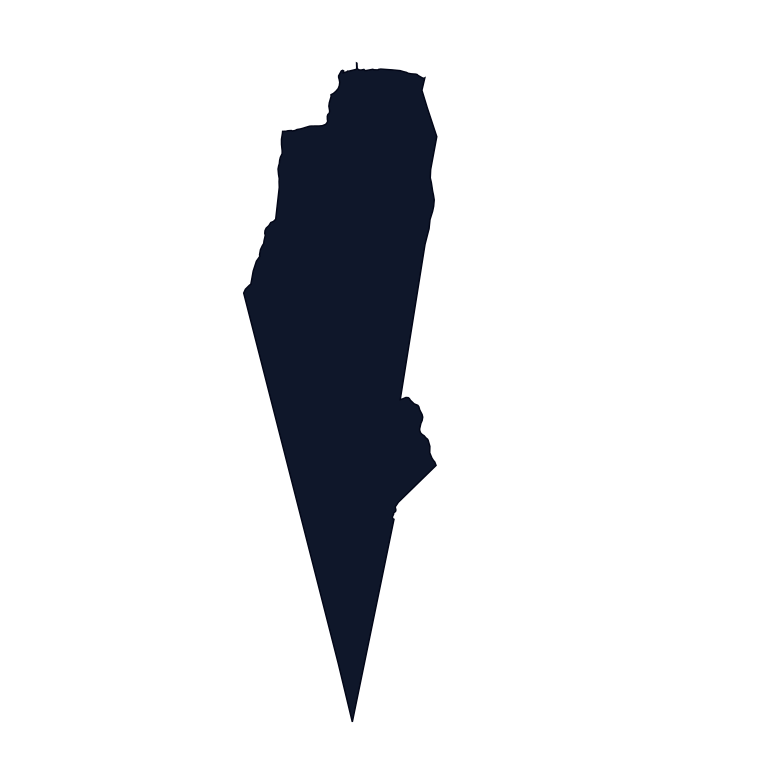 Gagaemauga III, Gaga'emauga, Samoa, rotated 344°
{"feature_id": "51752279B15532907109577", "entity_name": "Gagaemauga III", "entity_type": "district", "adm_level": 2, "iso_a3": "WSM", "parent_name": "Samoa", "parent_adm1": "Gaga'emauga", "projection": "albers", "projection_center": [-172.363, -13.506], "detail": "fine", "context": "isolated", "style": "filled", "palette": "ink", "viewbox_px": 768, "rotation_deg": 344, "n_neighbors": 0, "source": "geoboundaries", "source_scale": "gbopen_adm2", "svg_char_len": 2048}
<svg xmlns="http://www.w3.org/2000/svg" viewBox="0 0 768 768"><g transform="rotate(344 384 384)"><path d="M507.6,101.0L506.7,101.2L505.2,100.3L501.8,96.8L501.1,95.6L499.9,94.9L495.8,93.4L492.9,92.0L491.4,90.6L489.3,89.4L485.8,87.2L478.4,84.3L467.7,80.4L465.6,80.1L464.8,80.4L461.2,79.3L459.9,78.4L453.5,77.8L452.1,77.5L451.4,76.1L448.4,75.9L446.3,75.0L445.2,73.4L446.4,68.2L446.1,67.9L444.7,73.4L443.6,73.9L441.1,73.8L436.6,73.6L435.1,73.2L434.5,73.7L430.6,73.6L431.5,71.9L430.7,71.1L429.3,71.3L425.3,75.3L424.9,76.8L424.9,78.9L424.6,81.8L423.3,84.9L421.4,87.4L418.4,89.4L415.4,90.8L412.8,91.3L412.4,93.1L409.0,98.5L407.6,101.7L407.0,106.7L405.9,108.8L404.4,109.4L403.3,111.0L402.5,114.0L402.3,116.0L400.8,117.5L399.3,118.4L395.8,118.7L392.7,118.1L385.1,116.0L383.4,115.7L373.9,115.8L370.5,115.4L368.5,115.8L365.8,115.6L364.8,114.8L361.5,114.1L359.3,114.0L356.2,113.2L355.4,115.2L352.9,120.5L351.5,125.5L350.4,131.7L349.6,134.5L346.9,137.5L345.4,140.1L344.1,143.4L342.8,145.4L341.4,148.2L340.4,153.4L339.9,157.7L338.9,160.6L337.5,166.2L325.3,195.8L322.5,197.3L319.7,197.6L316.9,200.1L313.7,201.7L311.9,203.8L310.9,206.4L310.9,208.3L308.1,213.4L307.1,215.8L305.2,217.5L302.3,220.8L299.9,225.7L300.0,226.9L295.2,230.8L289.4,239.4L284.8,248.8L283.4,251.5L282.0,251.9L276.9,254.7L274.2,257.9L267.2,497.9L263.0,640.3L260.4,700.1L356.3,516.8L355.3,515.8L355.4,514.1L357.4,511.7L357.8,510.5L359.9,509.7L360.7,508.4L360.9,505.2L365.2,501.6L411.6,476.6L411.3,473.0L410.4,471.0L409.6,468.3L409.0,462.7L410.9,456.6L410.9,450.2L410.6,449.0L409.4,447.3L408.3,444.8L406.8,443.1L405.7,441.1L405.5,439.0L405.8,437.1L408.6,432.0L410.6,429.6L412.1,426.5L412.2,423.8L411.2,418.8L411.2,415.5L410.6,413.8L407.5,411.4L404.9,406.9L404.3,404.9L403.5,403.8L401.4,403.0L397.5,403.5L395.3,403.5L461.9,261.1L469.4,248.3L470.0,247.4L473.5,238.7L478.3,231.4L480.7,226.9L483.0,220.9L483.6,216.2L483.9,212.0L485.0,203.5L485.3,198.6L487.9,190.9L488.8,189.0L502.9,160.8L501.7,130.0L501.5,117.7L501.4,112.1L507.6,101.0Z" fill="#0f172a" stroke="#020617" stroke-width="1.5"/></g></svg>